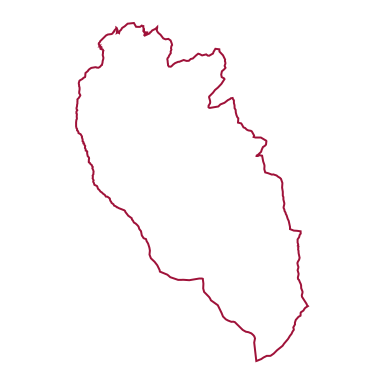 outline of Bautar, Caras-Severin, Romania
{"feature_id": "2599482B84127297992205", "entity_name": "Bautar", "entity_type": "district", "adm_level": 2, "iso_a3": "ROU", "parent_name": "Romania", "parent_adm1": "Caras-Severin", "projection": "orthographic", "projection_center": [22.618, 45.485], "detail": "fine", "context": "isolated", "style": "outline", "palette": "rose", "viewbox_px": 384, "rotation_deg": 0, "n_neighbors": 0, "source": "geoboundaries", "source_scale": "gbopen_adm2", "svg_char_len": 5806}
<svg xmlns="http://www.w3.org/2000/svg" viewBox="0 0 384 384"><path d="M266.2,140.7L260.8,137.5L255.4,137.5L253.6,137.0L254.1,135.5L251.8,131.4L250.8,130.8L248.3,130.4L246.7,129.6L245.1,128.0L243.5,127.4L241.8,124.3L241.2,123.4L238.0,122.6L238.3,118.3L237.4,117.3L236.5,115.2L235.8,112.5L235.6,109.8L234.6,108.2L234.5,105.2L233.9,103.0L233.9,100.4L232.8,98.8L232.6,98.0L230.8,98.3L230.1,99.0L227.9,100.1L224.5,102.8L220.4,104.4L218.3,106.5L210.0,107.9L209.2,107.8L208.5,107.2L208.6,105.7L210.0,103.4L210.2,102.3L210.1,100.9L209.1,97.4L209.2,96.5L213.0,92.7L215.0,90.0L217.8,87.7L221.4,83.9L224.5,79.1L224.1,78.4L221.7,77.1L221.2,74.6L221.9,71.3L224.2,69.3L225.5,67.8L224.6,65.9L225.4,63.6L225.3,62.2L224.9,61.0L225.1,59.6L223.0,55.3L219.5,51.6L219.3,49.3L215.4,48.8L213.6,51.8L213.0,53.5L209.2,55.7L207.8,55.6L206.2,54.4L202.1,55.4L199.8,54.2L198.2,53.7L196.3,55.2L192.8,58.5L190.7,59.0L188.8,60.8L186.5,60.9L183.7,60.0L179.2,61.8L178.2,61.8L175.1,63.1L173.1,64.6L172.1,65.7L170.8,66.7L168.8,66.5L168.0,65.1L168.0,63.8L167.8,63.2L167.6,60.6L167.3,59.2L167.6,58.2L168.6,57.0L169.1,55.6L170.8,53.1L170.6,51.5L171.4,49.6L171.0,48.3L171.1,47.6L171.4,46.1L172.1,45.0L171.7,43.4L170.6,40.5L168.4,38.9L165.5,39.3L163.3,38.4L160.5,34.7L158.3,32.9L157.3,31.5L156.7,30.1L157.2,27.6L157.2,27.1L155.7,28.7L152.1,30.5L151.0,31.9L150.2,32.3L149.6,33.4L144.7,35.6L144.3,35.2L144.6,34.4L146.0,34.4L146.5,33.5L147.2,32.8L147.3,32.4L147.0,32.3L145.7,32.6L145.1,32.2L144.8,32.5L144.3,32.4L144.1,32.1L144.4,31.8L144.0,31.2L143.8,30.9L143.6,31.3L143.4,31.2L143.4,30.1L144.0,30.0L144.0,28.9L143.4,28.1L143.3,26.1L142.4,26.2L141.8,25.6L139.9,26.9L136.1,26.8L133.9,23.0L127.6,23.7L124.7,26.3L122.2,27.9L120.9,30.0L119.5,31.2L119.1,33.1L118.3,32.6L117.7,31.4L117.3,32.7L116.9,32.9L117.1,32.2L116.9,31.8L117.0,30.9L117.3,30.7L117.5,30.1L116.7,28.0L116.3,27.7L116.3,28.4L114.6,30.3L114.3,31.2L114.1,31.1L112.4,33.6L111.3,34.1L107.9,34.5L106.1,35.4L100.2,41.2L99.7,42.4L98.9,43.1L98.7,44.0L99.7,45.6L99.4,45.9L99.7,46.2L100.0,46.0L99.9,46.4L100.5,46.7L100.3,46.8L100.8,46.9L100.8,47.3L100.4,47.1L100.4,47.6L100.6,47.5L100.8,48.1L101.4,48.2L101.1,48.8L101.6,48.8L101.8,49.0L101.7,49.3L102.8,49.6L103.2,50.5L103.4,50.7L103.0,51.6L103.0,53.1L102.7,55.0L103.4,57.6L103.3,58.9L102.7,60.9L102.5,62.7L101.9,65.0L101.5,65.1L99.9,66.9L98.5,67.7L96.8,67.6L95.9,67.2L94.8,67.3L91.3,67.9L89.3,69.2L88.1,70.5L87.9,71.0L85.5,73.0L85.3,74.9L85.3,76.0L85.0,77.1L83.4,77.9L82.5,78.9L79.7,80.5L79.4,80.9L78.8,83.0L78.8,83.8L79.1,84.9L79.1,86.3L79.5,87.1L79.6,89.2L79.2,91.9L79.2,93.2L80.2,94.9L80.3,95.5L78.9,97.8L77.4,99.4L77.5,101.1L77.4,101.3L77.4,103.6L77.1,104.6L77.0,106.2L76.5,108.1L76.6,109.1L77.3,110.2L76.5,111.4L76.4,112.8L76.6,113.4L76.5,113.6L76.9,114.1L76.7,116.8L76.9,118.2L76.8,119.1L76.4,119.8L76.1,122.3L76.1,126.4L76.5,128.2L77.1,129.0L77.1,130.4L77.4,130.5L78.0,131.2L78.4,132.2L78.5,133.1L80.6,134.2L82.0,136.5L81.9,137.4L82.6,139.4L82.6,141.3L83.0,141.5L83.4,142.0L83.6,142.4L83.3,142.9L83.4,143.5L84.2,143.9L84.5,145.2L85.2,146.0L84.9,147.9L85.6,149.1L85.9,150.4L85.8,150.6L87.1,151.3L87.3,151.9L87.1,152.2L87.2,153.6L87.7,156.1L88.9,157.5L89.1,158.6L88.8,159.9L88.9,161.4L88.7,161.9L88.9,162.4L89.9,163.0L90.5,164.1L91.7,165.0L92.1,166.1L92.7,166.8L92.7,167.5L92.3,168.1L93.2,170.1L93.6,171.7L93.4,172.9L93.4,174.2L92.6,175.7L92.9,176.9L92.6,178.3L93.5,180.1L93.6,180.4L93.3,180.9L93.2,181.8L93.9,183.0L94.4,184.8L96.9,186.0L97.5,187.1L97.6,187.8L98.3,189.2L99.1,189.7L100.5,191.6L101.8,192.4L103.2,193.8L104.7,194.8L105.9,196.6L107.4,196.7L109.6,198.3L109.9,198.8L109.9,199.6L110.6,201.2L111.1,201.7L111.5,202.8L113.5,204.3L114.1,205.6L115.6,206.2L116.8,207.2L117.0,207.1L118.7,208.1L124.3,210.3L125.0,210.9L125.4,212.0L127.8,215.1L128.1,215.6L131.7,218.2L132.0,219.6L132.8,220.4L133.9,222.5L135.6,223.5L137.3,225.1L138.5,226.5L139.3,229.0L141.0,231.2L141.8,235.3L142.1,235.9L142.6,236.5L143.3,237.8L144.0,238.4L146.0,239.1L146.6,241.1L148.1,243.6L149.4,247.7L149.9,250.6L149.5,254.6L150.9,258.3L154.6,261.8L157.3,265.3L159.6,270.0L159.9,271.6L167.4,274.7L170.3,277.2L178.2,279.9L183.6,279.8L189.3,280.2L199.4,278.5L201.8,278.5L202.8,278.8L203.4,283.6L203.2,288.4L204.1,291.9L209.0,296.9L210.1,298.5L210.9,300.3L217.8,305.2L221.5,312.8L223.0,316.5L225.8,319.3L228.0,320.5L231.3,321.8L233.4,321.7L234.8,322.1L242.7,329.9L245.8,331.7L248.5,332.2L251.4,333.4L253.4,335.2L254.3,336.4L255.0,338.4L254.2,342.6L256.3,361.0L261.2,359.1L263.5,357.5L266.7,355.9L270.0,355.9L270.7,355.7L273.7,353.6L277.1,350.2L282.6,345.8L284.1,343.6L288.1,338.9L289.9,335.9L291.5,333.9L292.6,331.5L293.8,329.8L293.8,329.3L293.3,327.4L295.0,324.4L294.9,322.7L295.8,319.9L298.5,316.8L300.5,315.7L300.6,315.0L300.6,313.0L300.9,312.3L303.5,310.5L304.1,309.3L305.3,307.8L307.9,306.1L307.1,305.3L306.5,303.8L302.0,296.8L301.8,295.2L302.5,292.8L302.5,291.5L301.2,288.2L301.1,285.4L300.7,283.9L299.9,282.3L299.0,280.0L298.1,279.1L297.9,278.0L297.9,277.3L298.5,274.8L298.6,273.7L297.6,270.2L298.3,267.9L298.4,266.9L297.8,265.2L297.4,263.1L297.9,261.7L299.1,259.7L299.6,257.8L298.6,253.1L298.5,250.7L298.1,249.6L298.3,248.7L298.1,247.8L298.5,246.6L298.4,246.2L297.8,245.8L298.2,244.5L297.6,242.6L297.6,239.4L299.1,237.2L299.7,234.9L300.7,233.6L300.6,231.3L297.0,230.8L293.8,230.6L290.0,229.1L290.0,226.9L288.7,220.9L287.7,218.8L286.6,215.3L285.8,213.9L285.5,212.5L284.6,211.1L284.3,209.4L283.6,207.9L283.6,207.1L284.3,204.2L284.3,203.1L283.4,199.5L283.4,197.1L282.8,195.7L282.8,191.8L282.1,187.6L282.4,183.0L281.0,178.9L280.0,177.9L277.9,176.6L276.6,175.5L273.3,174.4L271.9,174.6L268.1,173.2L265.2,172.4L264.3,169.1L264.5,165.9L264.3,164.7L263.2,161.5L262.1,155.7L259.4,155.2L257.9,156.0L256.6,156.0L256.7,155.5L258.1,154.7L261.1,151.8L261.7,149.8L262.9,147.1L265.0,145.7L266.0,144.6L266.4,141.2L266.2,140.7Z" fill="none" stroke="#9f1239" stroke-width="2"/></svg>